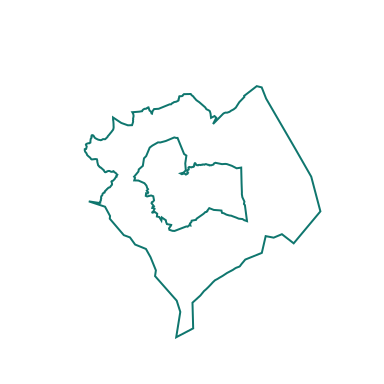 the district of San Juan Ozolotepec, Oaxaca, Mexico, rotated 127°
{"feature_id": "50627088B94115482977421", "entity_name": "San Juan Ozolotepec", "entity_type": "district", "adm_level": 2, "iso_a3": "MEX", "parent_name": "Mexico", "parent_adm1": "Oaxaca", "projection": "robinson", "projection_center": [-96.203, 16.098], "detail": "fine", "context": "isolated", "style": "outline", "palette": "teal", "viewbox_px": 384, "rotation_deg": 127, "n_neighbors": 0, "source": "geoboundaries", "source_scale": "gbopen_adm2", "svg_char_len": 6069}
<svg xmlns="http://www.w3.org/2000/svg" viewBox="0 0 384 384"><g transform="rotate(127 192 192)"><path d="M95.6,134.9L72.8,189.0L66.5,199.3L68.5,204.0L83.9,208.2L84.6,207.4L91.8,208.3L98.3,207.8L101.0,208.5L103.5,209.7L105.4,210.3L107.5,211.7L108.4,213.0L109.6,213.8L110.7,214.2L125.0,216.1L118.1,217.3L117.8,219.7L121.3,221.4L119.5,223.2L118.5,224.1L117.6,225.2L116.7,226.5L116.7,227.5L116.9,228.9L117.2,230.2L117.0,231.1L116.5,232.1L116.4,233.1L115.9,240.2L116.0,242.4L116.0,244.0L115.6,245.7L115.3,247.3L114.9,248.5L114.9,250.6L114.5,252.0L118.7,257.3L120.2,257.6L120.6,257.4L121.4,257.7L122.4,258.7L122.7,259.3L123.3,259.7L125.7,258.5L126.1,258.6L126.3,258.3L126.6,258.0L127.1,257.9L127.8,258.1L129.6,259.1L130.4,259.9L131.2,260.5L132.4,260.9L133.1,261.3L134.0,261.4L134.6,261.5L134.9,261.9L135.4,262.6L145.6,268.7L148.6,272.2L151.3,272.1L153.5,271.1L153.6,271.6L153.4,271.8L153.0,272.4L152.5,273.5L152.5,274.9L150.6,277.7L150.9,278.0L151.5,277.9L151.8,278.1L152.1,278.5L152.8,278.6L153.4,279.0L153.7,279.6L154.1,279.9L154.6,280.2L155.7,280.6L156.6,280.7L157.5,280.5L159.7,282.6L164.2,287.7L164.9,286.0L165.1,285.9L165.9,284.9L166.5,284.4L167.4,283.9L168.9,283.2L169.5,282.6L170.5,282.1L171.3,281.3L174.7,280.1L177.3,283.3L179.4,290.0L180.0,299.9L181.9,298.4L182.7,297.5L185.0,295.5L185.8,294.9L187.5,293.5L188.4,293.0L189.6,292.5L193.3,292.5L194.2,292.6L195.6,292.6L198.3,292.8L199.0,292.6L202.0,293.1L202.3,293.4L202.6,293.8L202.8,294.2L203.5,295.0L203.9,295.2L204.4,295.3L205.0,295.6L205.6,296.1L205.9,296.9L206.3,297.6L206.7,298.6L207.1,300.7L207.2,302.1L207.1,302.7L206.7,303.4L206.5,304.1L206.3,304.6L206.3,305.1L206.5,305.7L206.7,306.0L207.2,306.2L208.1,305.8L208.1,305.5L208.5,305.2L209.6,304.8L210.1,305.0L211.6,304.3L213.7,302.9L214.0,303.0L214.3,303.3L214.8,303.3L215.1,303.8L215.9,304.5L217.2,305.3L218.1,305.2L219.1,303.4L221.3,302.5L222.3,303.4L223.2,302.8L224.1,301.6L224.6,299.6L225.6,297.9L225.8,296.2L225.9,294.0L226.4,292.4L226.3,291.6L224.8,290.0L223.9,289.1L223.1,287.7L223.9,286.6L224.9,285.8L227.1,283.1L227.2,282.1L227.4,282.0L227.6,280.8L227.6,280.0L227.4,279.9L227.4,278.9L227.6,277.2L227.6,275.9L227.8,275.8L228.5,273.5L228.2,272.9L227.2,272.3L226.5,272.2L225.3,271.2L224.8,270.4L224.7,269.4L224.5,268.8L224.1,268.1L223.5,267.6L223.0,267.5L222.7,267.4L222.6,267.1L222.9,266.2L222.8,265.3L222.8,263.8L222.9,263.3L223.2,262.7L223.2,262.0L224.6,262.0L225.1,261.4L225.4,261.5L225.4,261.8L225.6,261.7L225.9,261.8L226.5,261.8L227.5,261.6L227.8,261.6L229.1,261.7L229.4,261.8L229.7,261.8L230.5,261.9L230.8,262.0L231.2,262.4L231.6,262.6L232.2,262.6L233.1,261.3L233.8,260.6L234.5,260.3L235.2,260.4L237.6,260.4L238.0,260.6L238.5,261.1L238.9,261.3L240.4,261.5L241.0,261.7L241.5,261.6L242.7,261.9L243.3,261.8L243.6,262.0L244.2,261.9L244.9,261.5L245.2,261.5L245.5,262.0L246.3,262.2L246.9,262.3L247.3,262.3L248.1,261.9L248.7,261.7L249.1,261.7L249.7,261.9L250.2,261.8L251.0,261.4L251.8,260.6L252.4,260.5L252.9,260.2L253.1,260.0L253.4,260.0L253.9,259.6L254.5,259.6L255.0,259.5L255.3,259.5L255.6,259.1L255.8,258.8L256.3,259.0L261.6,268.8L256.1,252.6L260.5,243.0L262.8,241.6L267.5,220.5L265.6,214.2L268.2,205.8L266.4,199.1L265.2,194.5L269.0,185.9L276.3,173.7L281.4,170.9L288.0,138.8L294.8,129.2L317.5,117.2L300.2,109.0L280.1,125.0L269.6,123.0L264.0,122.8L261.2,122.2L258.0,121.7L254.6,121.3L251.5,121.0L248.6,120.5L246.1,119.3L244.2,118.6L240.7,117.1L235.6,115.3L229.4,112.4L227.5,111.8L225.9,111.1L223.3,109.4L222.6,109.1L219.7,109.1L213.9,108.8L198.6,99.6L182.9,106.6L179.3,99.3L171.6,94.8L171.8,79.9L130.2,77.8L108.0,106.0L95.6,134.9ZM193.2,163.8L194.5,168.5L198.1,168.5L198.3,168.2L199.3,168.5L200.0,169.3L201.1,169.4L202.9,169.8L210.6,172.3L211.8,172.0L215.1,175.0L216.6,174.4L218.4,174.7L219.7,173.1L220.3,174.3L222.3,174.6L222.9,175.8L233.6,182.5L234.8,184.3L235.8,187.3L234.8,188.5L231.2,188.6L230.8,188.8L232.7,192.7L231.4,194.8L230.3,195.9L230.5,200.8L233.2,199.3L231.7,203.1L232.7,205.3L230.3,206.7L230.3,209.5L232.9,211.7L230.6,211.2L227.9,211.8L227.8,212.2L228.7,214.1L228.0,214.3L227.6,214.5L226.3,213.9L225.3,217.6L224.3,217.9L223.1,217.3L221.5,217.3L218.7,220.4L219.4,222.6L222.6,225.2L222.9,226.6L220.6,227.9L219.8,226.5L218.6,226.8L218.2,228.9L216.2,228.8L215.9,230.0L214.3,232.3L213.6,235.3L215.1,241.7L217.5,245.1L215.0,246.0L214.6,247.5L214.0,247.4L207.9,247.1L206.0,248.1L200.7,247.0L194.0,250.6L190.9,250.2L182.0,252.5L178.8,251.6L172.8,249.0L171.5,247.1L167.0,243.6L159.1,239.0L158.3,237.1L157.5,236.1L166.4,221.2L166.3,218.4L173.2,214.6L178.4,210.0L181.6,210.4L184.1,212.3L183.9,210.8L183.3,210.4L182.7,210.0L182.3,209.6L182.0,209.4L181.8,208.9L181.7,208.1L181.8,207.5L181.5,207.2L181.1,207.2L180.4,206.7L180.2,206.6L179.9,206.7L179.5,206.7L179.1,206.7L179.0,207.7L178.0,208.2L177.5,208.4L176.9,208.6L176.5,208.5L176.1,208.2L175.7,208.3L175.3,208.8L174.9,209.3L174.7,209.5L174.2,209.5L173.6,209.2L173.2,208.3L172.5,207.3L172.5,207.1L172.1,206.9L171.8,206.8L171.6,206.7L171.4,206.4L171.2,206.1L171.0,205.9L170.1,205.9L169.6,206.3L169.3,206.4L168.8,206.7L168.5,206.8L168.2,206.9L167.5,207.1L167.3,207.1L167.2,207.0L167.1,206.9L167.1,206.4L167.3,205.9L167.7,205.2L167.8,205.0L167.7,204.5L167.6,204.2L167.3,203.7L167.1,203.3L166.7,203.3L166.6,203.2L165.9,202.4L165.5,201.9L165.4,201.5L165.3,201.3L165.2,201.2L164.8,201.0L164.3,200.5L164.2,200.3L163.9,200.3L163.5,199.9L163.0,199.2L162.9,198.8L162.8,198.7L162.7,198.7L162.6,198.4L162.4,198.3L161.8,198.1L161.6,197.9L161.3,197.6L161.2,197.3L160.9,196.3L160.7,195.5L160.4,195.1L160.2,195.0L160.1,194.7L160.3,194.1L159.7,193.5L159.3,193.1L159.1,192.7L158.6,192.4L158.0,192.0L157.8,191.8L157.1,191.4L156.0,191.6L154.6,190.9L151.7,184.8L149.5,182.3L148.7,180.9L147.1,175.9L146.2,170.6L142.9,167.4L155.4,157.5L162.3,151.9L163.7,150.9L165.9,148.6L168.1,144.4L170.3,143.3L170.7,141.8L182.2,130.5L182.5,131.4L182.5,131.9L183.1,133.2L183.1,134.0L183.2,134.9L183.2,135.4L184.2,137.0L185.2,138.7L185.8,141.2L187.0,145.2L187.3,146.4L188.3,148.1L189.4,151.0L189.6,152.4L189.8,153.7L190.6,155.5L189.1,157.3L189.3,157.6L190.1,159.0L193.2,163.8Z" fill="none" stroke="#0f766e" stroke-width="2"/></g></svg>